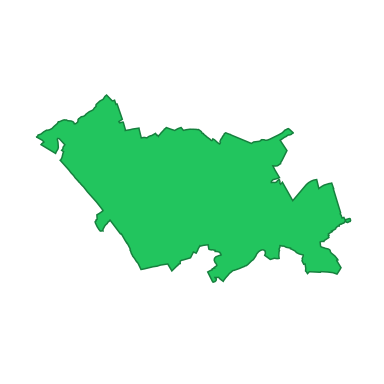 the district of Trusesti, Botosani, Romania, rotated 96°
{"feature_id": "2599482B20479262560509", "entity_name": "Trusesti", "entity_type": "district", "adm_level": 2, "iso_a3": "ROU", "parent_name": "Romania", "parent_adm1": "Botosani", "projection": "albers", "projection_center": [26.998, 47.76], "detail": "fine", "context": "isolated", "style": "filled", "palette": "green", "viewbox_px": 384, "rotation_deg": 96, "n_neighbors": 0, "source": "geoboundaries", "source_scale": "gbopen_adm2", "svg_char_len": 6033}
<svg xmlns="http://www.w3.org/2000/svg" viewBox="0 0 384 384"><g transform="rotate(96 192 192)"><path d="M274.4,234.6L273.4,231.3L270.4,222.9L269.4,218.9L268.0,215.8L266.1,208.6L272.6,203.8L266.8,199.0L266.7,198.6L265.8,198.1L265.2,198.0L265.2,197.7L264.4,196.2L262.9,196.5L262.0,196.4L261.5,195.9L260.9,195.0L260.6,193.9L257.6,186.6L251.5,184.3L252.4,181.5L249.5,180.3L247.8,179.9L244.7,178.5L245.0,178.2L243.9,175.2L242.8,170.5L247.0,169.3L247.3,168.9L247.6,166.7L247.4,166.4L247.3,165.8L247.6,163.2L247.6,162.9L248.7,162.8L248.6,161.1L248.7,159.5L249.2,157.9L249.8,157.7L250.0,157.3L252.1,156.1L251.9,156.4L251.9,156.7L252.1,157.5L252.1,158.0L252.8,159.2L253.9,161.4L255.3,162.5L255.8,162.7L257.5,162.8L259.8,161.6L260.3,160.9L261.5,160.0L262.4,159.6L262.8,159.8L264.8,162.1L265.3,161.7L265.6,162.5L266.4,163.9L267.0,164.1L267.3,163.9L268.3,165.7L269.9,168.0L278.7,162.4L279.5,161.6L278.7,159.8L277.5,158.8L276.1,158.7L275.6,158.9L275.0,159.9L274.6,160.2L274.1,156.6L275.6,155.0L277.6,151.6L276.6,151.2L273.6,149.4L271.0,147.5L269.1,146.3L267.7,144.8L265.9,143.2L265.5,141.9L263.2,137.0L261.5,134.0L260.7,132.3L260.1,131.7L259.6,130.3L258.3,128.9L254.2,125.5L252.8,123.9L249.1,121.9L246.9,121.2L244.4,119.5L243.0,117.8L242.2,116.3L242.1,115.1L242.2,114.5L243.1,113.3L243.1,113.0L245.7,112.6L247.4,113.1L250.9,107.1L249.2,103.0L249.4,101.3L249.3,99.6L248.9,98.4L246.4,99.0L242.3,99.2L241.0,98.9L239.7,99.5L237.7,98.8L236.1,98.9L236.1,97.9L236.4,96.7L236.2,95.9L236.3,94.5L237.0,92.9L237.2,92.1L237.5,88.1L238.2,88.1L238.4,87.1L239.9,83.4L241.3,81.8L242.4,78.9L243.0,74.8L244.0,74.7L246.6,75.5L247.4,75.1L248.9,75.4L252.2,73.3L251.8,72.0L256.0,70.9L258.7,70.8L259.4,69.9L261.1,68.6L259.1,67.0L259.0,66.8L258.4,55.9L258.3,55.7L257.7,55.5L257.4,48.5L257.5,43.4L258.5,39.2L254.2,37.0L251.7,35.9L245.0,41.0L244.6,40.9L244.3,39.8L243.9,40.0L240.7,43.2L238.1,47.2L237.0,48.1L235.6,48.6L235.0,49.2L234.4,50.7L234.0,54.1L233.8,54.4L233.2,57.5L232.6,58.4L228.4,59.4L227.9,58.6L227.6,57.7L227.4,55.6L226.9,55.6L226.4,55.3L222.9,51.1L221.0,51.9L220.8,51.3L219.4,52.0L216.6,48.2L216.3,48.2L216.1,48.8L214.1,45.8L213.6,45.3L212.6,45.1L211.4,44.1L210.7,43.3L210.5,42.6L210.6,42.1L209.8,41.9L209.1,42.0L208.3,40.6L208.3,39.9L207.9,39.7L207.6,39.0L207.4,38.9L207.2,38.1L206.9,37.6L204.9,36.6L204.8,36.2L205.5,35.9L205.8,35.6L206.1,34.0L205.0,32.6L204.9,31.9L204.7,31.6L203.6,31.3L202.1,31.9L201.9,32.3L202.0,32.9L203.7,36.9L201.4,38.3L202.1,40.1L199.5,41.3L198.5,42.2L198.0,42.3L197.3,42.0L197.0,42.1L175.5,51.2L173.9,51.8L173.8,51.5L168.5,54.0L168.8,54.8L169.1,55.4L169.2,56.4L169.6,57.3L171.3,61.3L173.1,63.8L175.3,66.2L166.6,69.3L167.5,72.3L168.8,74.7L170.6,77.1L172.6,79.0L190.1,90.9L172.9,103.1L173.5,103.4L174.0,104.0L175.0,104.7L174.1,105.5L172.2,105.7L171.7,105.9L171.4,106.4L170.7,106.4L170.6,106.9L172.0,108.3L173.3,109.0L173.9,110.6L174.0,111.3L173.9,111.8L174.3,114.1L173.3,114.2L172.9,114.1L171.2,112.6L170.2,109.8L168.6,106.5L161.2,112.0L157.5,114.3L157.5,112.1L157.1,110.1L156.8,109.5L154.9,107.4L154.7,106.9L153.0,106.7L151.5,105.9L140.9,101.9L131.3,109.8L130.6,108.8L128.0,105.9L126.8,103.9L125.9,103.2L125.0,101.6L125.1,101.0L124.3,99.3L123.4,98.6L123.0,97.7L122.5,97.6L119.5,101.6L118.9,102.8L119.3,103.8L120.2,104.9L120.6,105.9L123.7,108.4L126.1,111.8L131.5,120.4L132.6,122.6L132.8,123.7L132.9,124.5L132.5,125.8L132.7,128.2L132.9,128.5L133.1,128.4L133.8,129.2L134.5,130.2L135.8,135.9L137.5,138.0L131.3,158.8L130.7,160.1L130.7,160.6L130.2,162.7L129.6,164.6L130.6,165.9L132.0,166.3L133.6,167.4L135.0,167.7L135.3,168.1L136.9,168.9L138.7,169.4L139.4,169.3L140.0,168.9L141.0,169.2L141.4,169.7L140.1,171.9L137.8,175.0L137.0,176.8L138.7,177.4L138.8,177.8L138.6,178.5L137.6,179.7L135.3,183.6L134.9,183.9L133.5,186.3L133.3,186.6L132.7,186.7L132.3,188.4L131.7,188.5L130.9,189.1L129.2,192.0L129.4,193.2L129.3,194.0L129.4,196.0L129.8,200.7L130.6,204.0L131.6,207.0L129.0,209.6L130.3,212.3L131.4,214.0L132.6,215.5L131.8,219.4L130.6,224.3L131.9,225.3L132.3,226.0L133.2,226.4L136.7,229.1L138.1,229.9L139.7,231.2L140.1,231.3L139.1,232.3L139.4,232.9L137.5,234.4L140.2,238.2L140.4,239.1L141.4,240.9L142.8,242.4L142.9,242.8L142.7,244.8L142.8,245.1L142.7,245.5L143.0,246.1L143.1,246.9L143.5,248.1L135.2,251.1L134.0,251.4L135.6,257.6L136.5,260.0L137.8,264.8L136.7,264.9L129.7,267.7L129.7,268.3L130.8,271.0L130.5,271.5L129.6,272.1L127.0,268.9L112.3,275.7L112.4,276.2L112.8,276.8L108.8,278.6L109.4,279.7L109.7,280.5L109.6,281.0L104.5,287.1L106.1,288.6L109.1,290.1L111.2,293.2L114.9,296.4L115.6,296.6L117.0,296.4L118.6,297.9L120.3,298.7L121.2,299.7L122.9,302.6L126.0,305.9L126.5,305.9L127.9,307.5L128.3,308.4L128.7,310.0L130.5,311.7L130.9,312.3L131.9,312.9L133.0,312.8L134.5,313.0L136.3,314.9L136.5,316.2L135.2,316.8L134.5,317.8L134.0,319.7L134.1,323.0L133.5,324.4L133.5,324.9L133.7,325.4L133.6,326.1L133.7,326.9L134.1,327.9L135.9,331.1L136.1,332.3L137.9,333.0L141.2,336.1L143.4,337.8L144.9,340.0L145.6,341.8L145.7,343.1L147.7,345.8L150.1,348.2L151.5,351.1L152.4,351.2L153.9,352.7L153.7,352.0L156.2,346.3L157.8,344.5L159.6,346.4L160.7,347.1L167.9,331.7L166.2,331.2L163.2,329.8L161.6,329.6L156.5,330.5L153.7,331.5L152.8,331.2L152.8,329.6L158.3,323.4L160.9,324.9L162.6,324.9L164.2,326.0L165.3,323.9L167.2,324.4L171.2,324.9L173.7,325.8L174.2,326.4L183.1,316.6L185.6,314.3L188.0,311.5L190.4,309.4L191.5,308.0L192.6,306.9L192.6,306.6L193.7,305.8L194.8,304.2L195.6,303.6L196.2,302.7L196.8,302.2L198.2,300.4L202.9,295.9L211.9,286.0L218.3,279.8L219.4,279.0L219.5,278.6L219.9,278.6L220.6,279.2L223.2,282.2L224.6,284.2L229.0,283.5L230.0,284.6L230.6,284.3L230.9,284.4L231.5,285.2L232.6,285.0L236.4,282.7L238.9,280.7L240.4,279.2L240.4,278.9L240.2,277.7L239.8,277.0L240.0,276.5L238.4,276.6L234.7,275.1L233.4,274.2L232.3,273.1L230.7,272.4L229.9,271.4L228.5,270.6L241.0,258.9L241.3,258.2L241.0,258.0L241.5,257.5L247.2,253.4L249.5,251.6L249.3,251.5L249.9,250.9L255.2,247.4L256.1,247.6L256.9,247.0L259.8,245.7L260.5,245.0L261.8,244.4L264.3,242.0L266.3,240.5L267.5,239.4L267.5,239.2L268.7,238.1L274.4,234.6Z" fill="#22c55e" stroke="#15803d" stroke-width="1.5"/></g></svg>